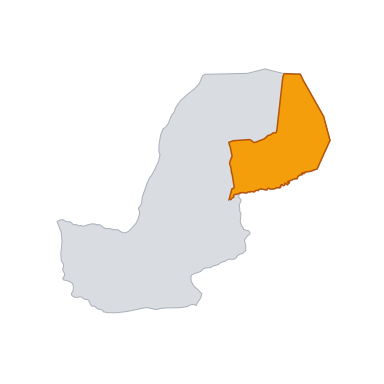 Alto Paraguay highlighted on a map of Paraguay, rotated 76°
{"feature_id": "PRY-597", "entity_name": "Alto Paraguay", "entity_type": "Department", "adm_level": 1, "iso_a3": "PRY", "parent_name": "Paraguay", "parent_adm1": "", "projection": "equal_earth", "projection_center": [-58.696, -20.855], "detail": "fine", "context": "in_parent", "style": "filled", "palette": "amber", "viewbox_px": 384, "rotation_deg": 76, "n_neighbors": 0, "source": "natural_earth", "source_scale": "10m", "svg_char_len": 6238}
<svg xmlns="http://www.w3.org/2000/svg" viewBox="0 0 384 384"><g transform="rotate(76 192 192)"><path d="M200.1,77.2L200.7,79.8L201.0,81.8L201.9,83.2L202.8,85.1L203.6,86.2L204.3,87.9L204.1,90.0L204.4,92.6L204.9,94.8L205.3,95.4L206.6,96.0L207.2,98.0L206.7,99.1L206.9,100.3L207.4,101.4L207.0,102.5L207.2,103.4L208.0,104.2L208.8,107.0L208.9,111.9L208.0,114.4L207.3,116.6L207.1,117.9L207.6,119.8L206.8,122.0L205.7,124.7L206.0,126.6L206.1,128.4L206.2,130.3L206.5,132.0L206.1,133.9L205.8,135.6L205.6,137.5L206.0,139.6L205.2,141.6L204.8,143.0L204.6,144.4L205.4,146.7L207.4,147.6L209.0,147.8L210.5,146.7L211.6,146.3L213.7,147.4L215.7,149.3L218.1,149.5L220.3,149.8L222.0,150.4L224.4,149.7L227.0,150.4L230.0,151.5L232.4,152.4L234.9,152.2L236.7,152.1L238.7,151.0L240.5,151.1L241.9,149.3L242.7,147.6L243.4,146.4L245.5,145.5L246.9,146.1L248.0,149.1L250.0,150.9L250.8,152.2L252.3,152.8L255.5,152.9L257.5,152.8L259.8,153.7L261.3,153.7L262.6,155.4L263.8,157.4L264.0,161.0L265.1,163.8L266.6,164.9L267.3,166.7L267.1,169.1L266.3,171.6L266.4,174.3L267.2,176.8L267.2,179.2L267.7,181.7L268.7,183.8L269.0,187.2L268.8,189.7L269.5,191.1L269.8,193.1L269.3,194.7L269.1,196.9L269.2,198.9L269.7,200.6L271.2,202.7L271.6,206.4L271.6,209.0L272.3,212.0L273.6,213.4L275.7,213.9L278.1,214.4L281.1,213.7L283.7,212.9L285.2,212.0L288.1,209.8L290.7,208.5L292.0,207.7L293.2,207.1L295.7,208.5L298.1,210.3L299.9,212.7L303.2,215.4L302.6,216.1L301.2,218.3L301.2,220.9L302.1,224.6L301.2,232.4L298.4,244.4L297.2,251.3L297.7,253.3L296.7,256.8L293.0,264.2L292.8,269.3L292.2,284.4L290.8,295.0L288.7,302.8L286.8,307.0L285.2,307.5L284.0,308.7L283.2,310.7L281.9,312.4L279.9,313.7L278.8,315.1L278.6,316.7L276.7,317.7L273.1,318.2L271.0,319.4L270.4,321.5L269.2,323.1L267.4,324.3L266.5,326.3L266.6,329.1L265.5,331.6L263.4,333.6L261.4,333.6L259.6,331.7L257.2,330.5L254.2,329.8L251.7,330.3L249.7,331.9L247.9,334.4L246.3,337.8L244.5,338.4L242.6,336.1L240.2,335.4L237.3,336.3L235.0,336.0L233.2,334.5L230.6,334.3L227.0,335.5L219.7,334.1L208.8,330.1L199.5,328.6L188.1,330.1L187.2,325.9L187.8,323.7L189.6,322.0L190.8,320.1L191.2,318.0L192.5,316.4L194.6,315.3L195.5,314.1L195.2,313.0L195.6,312.0L196.8,311.1L197.5,309.7L197.7,307.8L198.1,306.9L198.9,306.2L199.0,304.9L198.6,300.8L198.6,297.5L199.2,294.9L199.9,293.3L200.4,293.0L200.9,292.0L201.0,290.5L201.8,289.0L205.5,286.0L206.8,284.4L207.0,282.9L207.5,280.9L209.7,276.6L210.4,274.5L210.4,273.5L211.2,272.5L213.8,270.1L215.2,267.8L215.5,265.7L214.8,263.3L213.4,260.6L208.7,253.8L205.1,250.8L200.5,248.2L197.4,247.4L195.9,248.3L194.4,247.6L192.9,245.3L190.4,243.5L185.0,241.5L172.8,233.6L167.9,229.8L166.3,227.4L161.7,223.2L154.2,217.1L148.4,214.1L144.4,214.3L138.0,212.5L129.2,208.7L124.0,205.1L122.6,201.6L119.4,198.1L114.2,194.6L111.5,192.2L111.3,191.1L109.7,189.7L106.8,187.9L103.7,184.8L100.2,180.4L96.5,173.7L92.5,164.6L88.2,158.4L83.7,155.2L81.4,153.1L81.4,152.1L80.8,151.1L81.3,149.3L82.9,142.4L85.2,132.3L87.5,121.8L90.3,109.4L90.3,100.7L90.2,91.4L94.3,83.8L97.2,78.4L99.7,73.2L102.2,64.4L103.8,58.5L110.4,57.1L121.5,54.0L127.0,52.5L138.7,49.3L150.6,46.0L163.1,45.8L175.2,45.6L184.5,52.9L191.7,58.5L199.5,64.7L200.1,66.0L200.6,71.2L200.1,77.2Z" fill="#d9dde1" stroke="#a8b0b8" stroke-width="1"/><path d="M200.1,77.2L200.1,77.7L200.3,77.9L200.5,77.8L200.9,78.2L201.1,78.6L201.2,78.9L200.2,79.4L200.0,80.0L200.2,80.6L200.7,81.1L200.8,81.0L201.0,80.8L201.1,80.6L201.4,80.6L201.6,80.7L201.8,81.0L201.9,81.4L201.7,82.3L201.7,83.3L201.9,84.1L202.1,84.7L202.5,85.4L203.1,85.9L203.7,86.3L204.2,86.5L204.6,86.8L204.5,87.4L204.1,88.5L204.1,89.2L204.1,90.1L204.2,91.0L204.5,91.8L204.5,92.2L204.5,93.0L204.6,93.5L204.9,94.2L205.0,94.6L205.0,95.0L204.8,95.7L204.8,96.1L205.0,96.5L205.5,96.7L205.7,95.4L206.1,95.2L206.5,95.3L206.9,95.6L207.0,95.8L207.1,96.3L207.2,96.6L207.4,96.8L207.8,97.1L208.0,97.4L208.1,97.8L207.9,98.0L207.6,98.2L207.0,98.4L206.8,98.6L206.5,99.0L206.1,99.4L205.9,99.7L206.1,99.9L206.8,100.0L207.3,100.1L207.7,100.5L208.0,101.1L208.1,101.7L207.8,102.1L206.7,102.8L206.5,103.3L206.6,103.7L206.7,103.9L206.9,103.9L207.0,104.0L207.8,104.7L208.4,105.5L208.5,105.5L208.7,104.9L209.2,105.4L209.2,106.2L208.9,107.0L208.2,108.4L208.2,108.9L208.7,110.0L208.8,111.6L208.7,113.3L208.3,114.8L207.7,115.9L207.0,116.6L206.8,116.9L206.8,117.3L206.9,117.6L207.1,117.8L207.2,118.0L207.4,118.4L207.8,118.5L208.1,118.9L207.9,119.8L206.1,123.3L205.7,124.5L205.6,125.2L205.6,126.0L205.9,126.7L206.3,126.9L206.6,127.2L206.4,127.9L206.1,128.7L205.9,129.4L206.0,130.0L206.3,130.6L206.6,131.1L206.9,131.3L207.0,131.7L205.9,134.1L205.9,134.7L206.0,135.4L206.0,136.1L205.6,136.9L205.4,137.5L205.7,138.0L206.0,138.6L206.2,139.4L206.1,139.8L205.5,141.3L205.2,141.6L205.2,141.9L204.6,144.0L204.5,144.5L204.5,145.1L204.6,145.4L204.9,145.7L204.7,146.0L204.9,147.5L205.1,148.1L204.8,150.3L204.9,151.1L205.1,151.9L205.4,152.4L205.8,152.5L206.5,152.6L207.0,152.7L207.2,153.1L207.5,154.3L208.7,156.2L208.8,156.6L208.3,157.2L208.1,157.4L208.2,157.8L199.1,152.8L198.7,152.5L198.5,152.1L198.3,150.4L197.9,150.1L197.2,149.8L184.8,148.8L183.4,149.0L177.7,148.4L173.6,148.6L173.2,148.5L172.6,148.3L171.6,147.8L168.6,145.7L167.3,144.7L166.5,144.4L156.9,144.0L155.4,144.3L153.0,144.3L152.7,144.2L152.7,143.9L152.6,142.8L152.2,139.5L152.2,139.1L152.3,138.7L152.6,137.3L155.0,123.9L155.1,123.5L155.3,123.2L155.7,122.7L156.1,122.2L158.7,120.2L158.9,120.1L159.0,119.9L159.1,119.6L159.1,119.4L159.1,119.0L159.1,118.7L158.0,109.5L157.8,108.8L157.6,108.4L156.2,105.9L155.6,104.7L155.5,104.4L155.5,104.2L155.6,103.2L155.6,102.9L155.6,102.6L155.4,101.7L155.3,101.3L155.0,100.6L154.4,99.6L154.3,99.4L154.3,99.2L154.8,96.3L154.1,95.6L152.3,94.6L102.3,76.0L99.8,74.0L99.5,73.6L99.6,73.1L100.0,72.2L100.3,71.3L101.0,68.6L101.8,66.0L102.5,63.4L103.2,60.7L103.7,59.0L103.9,58.5L104.4,58.3L106.7,57.8L107.3,57.7L108.6,57.5L109.8,57.2L110.4,57.1L119.5,54.6L128.5,52.1L137.6,49.6L146.6,47.1L150.6,46.0L152.8,46.0L157.9,45.9L162.9,45.8L168.0,45.7L173.0,45.7L175.2,45.6L175.7,45.8L176.5,46.5L177.3,47.2L178.7,48.3L181.2,50.2L183.7,52.2L186.1,54.2L188.6,56.1L191.1,58.1L193.6,60.1L196.1,62.0L198.6,64.0L199.7,64.8L200.0,65.3L200.0,65.8L200.0,67.0L200.0,68.1L200.5,70.2L200.6,71.3L200.5,72.1L200.5,73.6L200.5,74.3L200.1,76.2L200.1,77.2Z" fill="#f59e0b" stroke="#b45309" stroke-width="1.5"/></g></svg>